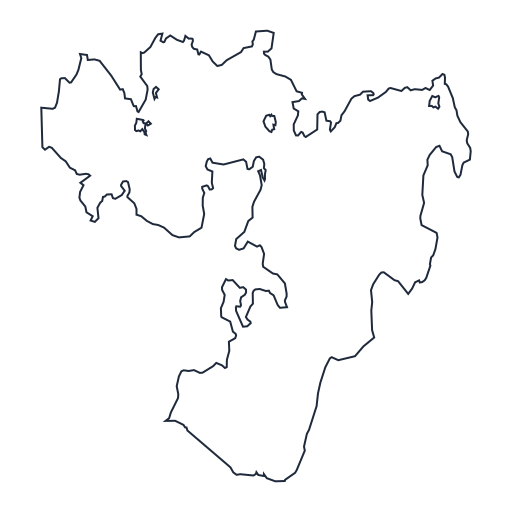 Oromiya, Equal Earth projection
{"feature_id": "ETH-3131", "entity_name": "Oromiya", "entity_type": "Administrative State", "adm_level": 1, "iso_a3": "ETH", "parent_name": "Ethiopia", "parent_adm1": "", "projection": "equal_earth", "projection_center": [38.367, 6.948], "detail": "fine", "context": "isolated", "style": "outline", "palette": "slate", "viewbox_px": 512, "rotation_deg": 0, "n_neighbors": 0, "source": "natural_earth", "source_scale": "10m", "svg_char_len": 5958}
<svg xmlns="http://www.w3.org/2000/svg" viewBox="0 0 512 512"><path d="M42.4,147.2L41.3,107.7L52.7,108.8L55.0,107.7L57.0,102.7L58.9,91.3L60.0,79.3L61.2,78.3L64.9,78.1L69.5,82.7L71.1,82.4L76.5,74.5L78.4,69.9L81.3,58.1L80.0,54.0L87.0,55.0L87.8,60.0L94.4,59.4L99.6,60.8L111.2,75.6L120.1,89.6L122.8,89.2L124.4,93.2L125.0,98.4L130.9,99.2L133.4,105.4L133.9,106.2L136.0,106.1L137.5,111.4L138.6,112.0L145.7,99.6L147.6,89.7L147.3,86.1L140.3,76.6L141.7,74.2L140.9,70.0L140.8,52.3L142.3,53.1L144.2,52.6L150.4,47.0L155.4,37.8L158.1,34.3L162.4,33.6L160.5,40.7L163.3,42.3L164.3,42.0L166.0,38.4L170.3,35.5L176.9,39.8L182.9,42.0L184.0,40.7L185.4,35.9L188.7,38.6L192.0,38.6L192.7,39.1L192.9,40.9L191.6,44.7L192.2,46.9L193.8,48.8L197.2,49.5L198.4,54.3L199.3,54.5L201.0,51.6L208.9,55.3L212.7,61.5L217.3,66.0L221.8,64.9L226.7,60.2L241.0,52.1L243.6,48.1L252.0,46.4L252.8,44.4L252.4,41.5L253.8,39.6L255.9,31.5L267.2,30.7L273.7,32.9L271.5,48.4L267.7,51.7L263.9,51.7L264.0,53.6L265.0,54.8L268.4,56.7L270.4,59.6L271.8,69.5L273.3,72.1L276.4,74.1L285.3,76.5L290.9,79.8L296.6,91.3L302.0,92.8L301.8,94.4L305.0,98.9L301.9,98.4L298.9,101.1L292.5,102.1L293.7,108.5L298.3,111.3L297.9,115.4L293.7,124.4L293.8,130.5L296.0,135.4L298.0,135.5L301.2,131.9L302.7,132.6L304.4,136.1L305.7,137.0L317.2,129.5L317.5,114.3L319.7,112.0L322.2,111.6L324.6,112.3L326.4,120.7L330.1,121.2L331.0,122.5L329.9,129.7L330.8,131.4L334.7,127.3L336.4,123.2L338.0,123.0L340.4,120.7L341.5,115.2L344.6,111.2L351.4,98.7L354.5,96.1L360.0,94.7L363.0,91.7L370.9,91.2L373.3,93.0L373.7,94.3L373.1,95.2L367.6,95.3L368.2,99.6L370.0,101.0L378.0,97.6L385.8,92.0L388.6,88.6L390.5,88.0L401.4,91.0L404.9,87.8L407.3,87.2L410.7,90.3L414.7,89.2L422.2,89.9L425.5,88.0L429.7,90.0L433.1,85.6L432.4,80.7L435.7,78.4L439.0,77.6L442.5,74.0L444.4,74.8L445.0,77.5L444.8,83.9L446.3,84.3L448.1,86.7L452.8,98.1L454.8,107.3L456.5,110.3L457.4,115.8L460.4,122.2L467.8,131.5L468.2,134.2L466.7,140.2L467.2,143.2L470.2,147.9L470.7,151.3L469.9,159.6L463.7,162.6L462.4,165.1L460.5,174.7L458.8,177.4L457.2,176.9L454.5,171.5L452.2,157.1L450.7,154.3L442.1,151.3L439.5,145.8L436.2,147.0L429.7,154.9L427.4,159.7L427.7,165.3L423.4,175.4L422.3,194.9L424.1,202.9L420.4,215.9L420.3,218.6L421.6,225.1L436.6,232.9L437.5,237.5L435.4,249.2L433.2,255.3L431.1,257.5L429.9,264.3L430.4,265.6L426.2,278.0L424.6,280.4L422.1,282.1L419.8,282.5L419.1,280.4L415.1,282.3L412.1,288.6L408.2,293.9L398.1,281.2L394.5,280.2L383.8,272.3L381.4,272.5L379.2,274.7L373.2,284.2L371.0,290.2L372.2,302.2L371.3,310.5L372.1,330.2L374.2,337.5L363.5,346.3L355.0,356.2L338.3,360.2L331.7,357.2L329.9,358.3L325.3,367.3L320.4,382.5L318.0,393.3L316.6,406.1L309.0,429.9L306.9,433.8L304.0,446.6L304.8,450.6L296.7,470.1L295.1,472.8L285.1,479.8L284.8,481.0L275.3,481.3L266.8,478.2L263.9,474.1L263.8,476.0L258.3,475.0L256.4,472.2L255.9,474.0L253.4,475.5L240.2,474.2L236.6,474.8L233.3,472.4L230.4,467.3L187.4,430.5L186.5,427.5L185.1,427.4L183.5,424.9L175.2,420.8L165.6,420.9L169.1,418.2L170.9,412.4L178.0,398.1L178.3,394.3L176.7,386.2L178.9,376.4L181.4,371.3L183.7,370.3L188.6,371.0L194.0,370.1L199.9,372.9L202.5,372.7L213.2,366.1L216.3,362.9L222.1,365.4L224.9,368.0L226.7,367.1L226.9,359.8L229.3,350.8L228.9,341.7L235.2,338.2L236.1,335.5L235.7,333.9L232.9,331.6L230.2,321.6L221.6,317.2L221.2,316.3L220.9,308.2L223.6,301.8L224.7,294.9L222.1,289.9L222.0,287.2L226.0,279.1L228.2,280.5L232.7,280.1L239.8,287.8L243.3,287.2L246.0,289.6L246.1,292.4L244.8,294.8L241.1,297.3L240.2,301.1L241.0,305.2L240.2,306.7L236.3,306.3L235.9,307.7L236.1,310.9L243.0,326.7L247.2,326.3L250.7,323.2L250.4,321.7L247.5,319.5L245.9,317.0L250.4,306.5L252.9,303.7L252.7,292.9L253.7,290.7L255.4,289.4L259.8,289.0L265.8,291.0L268.9,290.7L270.0,293.0L273.6,295.3L277.7,305.1L280.0,307.8L287.0,307.2L285.0,301.9L284.9,300.4L286.6,296.5L286.6,293.5L284.9,283.4L277.3,274.4L272.9,273.5L263.2,266.8L262.7,263.8L264.1,253.9L261.5,247.0L259.9,245.3L257.0,246.6L247.8,241.6L243.6,248.4L239.1,249.8L236.1,248.3L235.0,245.9L236.2,239.1L244.3,231.9L248.3,221.0L252.6,217.6L252.4,206.8L254.0,201.8L260.5,189.8L261.7,185.2L260.0,175.4L258.2,171.2L261.0,170.0L262.8,177.6L264.5,180.5L265.0,179.1L264.9,174.5L265.7,170.1L263.9,168.2L264.3,163.9L263.1,159.7L259.2,156.7L256.2,157.3L253.9,161.0L252.7,166.8L249.2,169.3L247.5,168.9L246.1,161.8L243.3,159.4L223.6,164.5L212.5,162.7L210.3,158.5L208.2,159.1L206.8,161.5L205.7,166.2L207.5,169.5L212.4,171.5L211.8,182.7L213.1,188.2L211.6,189.4L209.7,189.5L208.0,186.2L206.7,185.4L202.2,186.8L202.2,188.6L204.3,193.0L202.8,197.7L202.7,205.6L204.2,214.0L201.5,227.7L194.3,232.0L189.7,236.4L179.0,237.4L172.4,235.1L164.0,227.6L158.2,225.0L152.9,224.1L147.0,221.0L141.2,216.2L136.5,214.7L136.5,208.9L134.3,203.3L127.4,197.1L127.4,195.9L129.4,192.4L129.7,189.3L128.0,182.1L126.3,181.1L123.0,181.5L121.1,184.8L121.1,186.0L124.7,190.8L121.7,195.1L115.3,198.8L112.9,198.1L111.6,194.3L106.9,194.5L104.7,196.6L103.0,196.9L102.2,201.0L100.2,202.7L97.4,207.8L98.5,218.2L94.8,221.9L90.6,220.5L92.7,216.2L86.5,212.3L85.3,206.5L80.4,200.5L79.4,197.7L80.1,191.9L83.5,185.2L80.4,182.8L90.1,175.7L88.6,174.3L86.0,173.8L79.7,174.7L76.8,174.0L75.1,170.3L69.9,167.7L65.7,161.3L60.9,158.0L51.8,147.8L49.1,146.8L45.0,149.7L42.4,147.2ZM272.0,115.9L271.4,114.7L270.2,116.2L269.3,114.8L266.2,115.7L263.5,121.3L265.4,126.7L269.4,131.2L271.4,132.0L272.2,129.7L274.2,129.2L273.4,124.7L275.4,125.2L275.8,122.1L274.3,116.0L272.0,115.9ZM143.1,120.0L136.8,118.8L136.3,122.8L134.9,125.6L135.0,130.0L136.3,131.1L138.6,130.5L140.3,131.3L142.3,129.1L144.4,132.1L144.7,134.3L146.4,135.0L145.5,132.5L146.2,131.2L144.9,128.5L145.6,123.3L143.7,123.2L142.8,121.7L143.6,120.4L143.1,120.0ZM438.1,108.7L439.4,106.8L438.3,103.3L439.2,97.3L438.5,95.9L435.2,97.3L432.3,96.0L429.7,100.9L429.1,106.0L431.8,105.9L433.4,107.4L435.4,106.6L438.1,108.7ZM157.1,97.5L155.9,93.0L158.7,89.3L156.0,86.9L153.6,89.0L152.8,92.5L154.5,98.9L155.5,97.1L157.1,97.5ZM147.9,125.5L150.8,123.7L148.5,121.3L146.0,123.6L147.9,125.5Z" fill="none" stroke="#1e293b" stroke-width="2"/></svg>